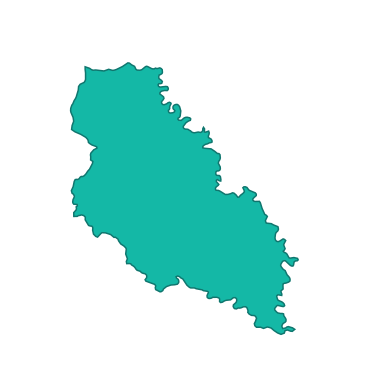 Araguari, Minas Gerais, Brazil (orthographic projection), rotated 199°
{"feature_id": "56859067B42575521245529", "entity_name": "Araguari", "entity_type": "district", "adm_level": 2, "iso_a3": "BRA", "parent_name": "Brazil", "parent_adm1": "Minas Gerais", "projection": "orthographic", "projection_center": [-48.261, -18.607], "detail": "fine", "context": "isolated", "style": "filled", "palette": "teal", "viewbox_px": 384, "rotation_deg": 199, "n_neighbors": 0, "source": "geoboundaries", "source_scale": "gbopen_adm2", "svg_char_len": 5988}
<svg xmlns="http://www.w3.org/2000/svg" viewBox="0 0 384 384"><g transform="rotate(199 192 192)"><path d="M166.4,102.2L163.4,101.0L161.9,100.9L158.4,102.1L156.7,101.9L150.5,102.8L149.2,102.4L145.1,103.1L144.0,102.8L143.7,101.7L144.0,100.5L144.0,98.7L143.2,97.2L141.8,96.8L140.5,97.1L138.8,98.2L138.3,99.1L134.4,100.5L132.2,100.6L131.1,99.9L130.2,97.3L128.9,96.8L127.3,97.8L125.7,99.8L124.1,100.9L120.4,102.6L118.5,105.5L116.7,106.2L115.2,105.6L114.4,104.2L114.3,102.0L116.1,98.8L115.8,97.2L114.9,96.2L113.9,95.6L112.0,95.9L110.5,97.4L109.0,97.8L107.6,98.7L106.1,100.1L103.9,101.0L102.2,100.3L100.3,97.9L100.1,96.4L98.3,95.2L95.7,94.7L92.6,95.5L91.2,94.9L89.9,93.7L89.9,90.0L90.2,87.8L89.0,86.0L87.0,85.1L83.1,86.5L80.0,86.3L76.8,88.9L74.6,89.1L72.8,89.1L69.3,87.7L65.2,86.6L61.5,86.4L58.8,88.6L58.9,91.2L56.8,92.6L53.5,92.5L51.8,92.9L50.1,95.6L52.8,96.3L57.1,96.1L58.4,95.2L59.2,93.9L61.8,92.4L63.5,94.5L63.2,97.1L61.5,99.3L61.1,100.3L61.5,101.9L62.3,102.9L64.9,104.9L65.8,106.6L67.3,106.5L68.5,106.0L71.4,105.6L72.8,106.0L75.3,107.4L75.9,108.7L74.9,111.8L74.0,112.7L69.1,113.2L68.0,113.6L67.4,114.7L68.4,116.1L69.8,116.9L71.4,117.4L74.6,117.6L75.9,118.0L77.8,120.6L78.0,121.7L77.2,122.8L73.5,123.4L73.8,124.7L75.0,126.1L75.7,127.4L74.3,129.9L75.6,133.3L75.9,134.8L74.9,135.8L73.6,136.4L71.3,138.3L70.4,139.7L70.7,141.0L71.4,142.3L72.8,143.4L75.2,144.7L78.3,148.0L80.6,148.6L83.4,150.4L84.4,151.7L84.4,153.0L83.8,155.9L82.6,157.0L81.4,157.4L75.4,154.7L73.9,154.4L72.5,154.8L72.2,156.0L72.7,159.0L71.7,160.6L70.2,161.1L69.5,162.4L70.6,163.6L74.3,163.2L77.7,161.4L78.9,161.4L82.1,164.3L83.3,164.8L85.5,165.1L86.5,165.7L85.8,167.1L85.5,168.7L88.1,171.8L88.1,173.1L87.6,176.6L89.1,177.3L90.6,177.3L93.3,173.9L94.4,173.1L96.0,172.9L97.6,173.9L98.6,175.6L99.4,179.5L99.3,181.0L98.2,183.2L98.1,184.7L98.6,185.9L99.5,187.2L104.2,187.4L106.7,187.9L111.6,186.8L112.6,187.8L113.3,189.0L112.8,193.4L114.1,194.2L115.9,194.5L120.4,199.3L123.9,204.1L125.2,205.1L129.2,203.6L130.6,203.5L131.8,204.1L132.2,205.2L131.6,206.8L130.1,209.5L130.5,210.9L131.9,211.8L138.1,212.2L139.2,212.6L141.5,214.2L143.2,214.3L144.6,213.8L145.3,212.6L143.3,210.6L142.6,209.2L143.3,207.4L145.1,204.7L146.0,202.4L147.1,202.0L149.4,203.6L152.0,204.6L153.5,204.4L154.8,203.1L157.1,201.5L159.7,200.5L165.7,201.9L167.4,202.1L169.9,201.5L170.7,202.2L171.1,203.5L170.7,204.8L169.4,206.8L169.1,207.9L172.3,209.7L172.8,211.0L172.2,212.0L169.7,211.5L168.4,211.7L168.7,213.1L170.1,215.7L171.3,216.5L174.2,215.8L175.2,216.5L175.8,218.0L175.8,219.3L174.9,220.2L173.8,220.6L172.9,221.5L172.7,223.0L173.5,224.9L176.5,227.8L176.7,229.6L176.2,231.6L176.3,233.4L177.7,236.4L179.0,237.1L180.6,236.7L183.8,237.9L188.0,239.0L194.5,237.4L196.2,237.3L196.6,238.6L195.9,240.1L194.7,241.5L193.0,242.6L191.5,244.2L190.1,244.9L189.3,245.8L189.9,247.2L191.2,248.3L194.2,248.8L194.8,250.2L194.7,252.1L195.0,253.6L196.1,255.0L198.6,253.0L199.8,252.8L200.7,255.8L202.2,256.9L202.4,255.3L201.8,253.6L202.4,251.9L203.3,251.1L205.7,250.7L209.1,248.7L210.7,248.5L212.1,248.7L213.3,249.4L214.4,249.4L215.7,249.9L217.2,249.8L218.6,249.3L220.2,249.4L221.2,250.1L221.6,251.3L220.2,255.6L218.4,258.0L216.9,259.2L217.0,260.7L218.2,261.4L221.0,261.1L222.5,260.4L223.6,259.4L225.5,256.2L228.0,255.6L229.0,256.2L229.2,257.3L228.1,258.6L227.9,260.0L229.0,265.0L231.5,268.6L233.1,269.7L234.5,270.0L235.8,269.5L237.0,268.5L237.6,267.4L237.7,266.2L237.0,264.6L234.7,263.4L234.7,262.0L235.9,260.7L238.2,259.6L239.5,259.6L240.4,260.4L240.9,261.5L240.3,262.7L240.3,263.9L240.8,264.9L240.9,266.4L240.5,268.6L241.2,269.4L242.6,269.5L243.9,268.4L244.6,267.2L246.8,265.4L248.1,265.2L249.5,265.9L250.2,267.4L249.3,269.8L249.0,271.4L249.9,272.7L254.4,274.3L254.6,275.5L254.1,276.8L253.1,277.8L250.9,279.1L248.5,279.8L247.9,281.0L248.2,282.4L249.5,283.6L251.1,283.3L256.4,280.8L258.0,281.0L259.0,282.3L258.6,283.6L257.4,284.0L256.0,284.9L256.0,286.8L257.2,287.6L260.2,288.5L261.0,290.2L261.1,292.0L260.0,292.8L258.9,294.3L258.9,295.5L260.0,298.0L261.3,298.7L262.8,298.9L265.2,297.3L267.0,297.2L267.7,296.2L269.3,295.6L270.8,295.6L274.9,296.2L276.1,296.0L276.9,295.2L279.3,291.3L280.8,290.2L283.6,289.4L285.0,289.8L287.2,292.1L290.6,292.6L293.1,293.5L294.7,293.2L298.6,288.0L303.3,283.3L305.4,281.7L306.9,281.1L310.7,280.9L314.6,277.8L322.8,276.0L325.3,274.9L327.1,275.0L329.0,275.6L333.8,275.6L332.9,273.0L331.4,269.9L329.3,263.8L329.3,262.2L329.7,260.5L332.8,257.5L333.6,254.9L332.7,251.2L332.4,244.0L332.6,242.4L333.2,239.9L333.4,236.5L333.9,235.0L333.9,231.6L333.2,229.2L332.4,227.9L328.7,223.8L326.9,220.4L327.0,215.8L326.2,211.9L322.3,210.8L315.9,210.3L310.2,209.1L308.0,207.9L306.9,206.8L306.1,205.2L304.8,204.6L302.0,203.9L297.7,203.8L296.6,203.5L296.2,202.4L298.6,200.0L300.3,195.8L300.1,194.0L299.2,192.3L298.3,189.3L295.7,188.6L295.4,186.6L296.3,180.3L297.4,177.7L298.1,174.8L299.2,172.3L300.3,171.1L301.8,170.6L302.6,169.5L303.1,167.7L304.2,166.6L305.5,166.3L306.5,165.7L306.8,163.7L306.1,158.3L306.5,154.0L304.9,151.7L303.6,151.4L302.0,150.0L301.7,148.9L302.0,146.2L301.6,143.9L301.1,142.9L299.9,142.0L296.5,142.8L295.9,141.5L296.7,140.2L295.9,138.9L295.7,137.4L297.1,134.0L295.8,130.4L292.6,131.6L291.6,132.8L290.3,133.4L289.3,134.3L286.8,134.5L284.7,133.5L283.9,130.9L278.9,126.7L277.2,126.7L275.6,127.1L274.5,126.4L273.8,124.9L273.6,123.7L271.4,120.1L268.6,118.7L266.6,118.6L264.6,123.1L263.9,124.2L260.5,125.2L255.1,125.3L251.0,123.7L249.7,124.3L246.7,123.4L245.5,121.9L242.5,119.7L238.9,118.8L236.6,117.7L235.6,116.8L234.5,111.8L231.3,107.8L231.5,105.0L230.4,103.0L228.1,103.9L226.6,104.2L225.5,103.4L222.9,102.8L221.3,102.0L220.0,100.9L218.4,100.1L215.4,100.2L213.3,99.3L211.9,99.2L209.5,99.4L208.1,98.7L207.4,97.8L207.0,96.1L207.8,93.8L206.6,92.7L197.1,92.5L195.7,91.4L195.6,89.6L194.6,87.9L189.7,87.2L188.6,87.8L187.5,89.3L187.4,91.0L185.3,94.3L181.8,97.1L178.1,98.7L175.8,100.1L175.1,101.9L175.5,103.5L176.5,104.9L178.5,105.5L179.5,106.7L178.2,107.9L176.2,107.9L174.9,107.2L172.4,106.8L166.4,102.2Z" fill="#14b8a6" stroke="#0f766e" stroke-width="1.5"/></g></svg>